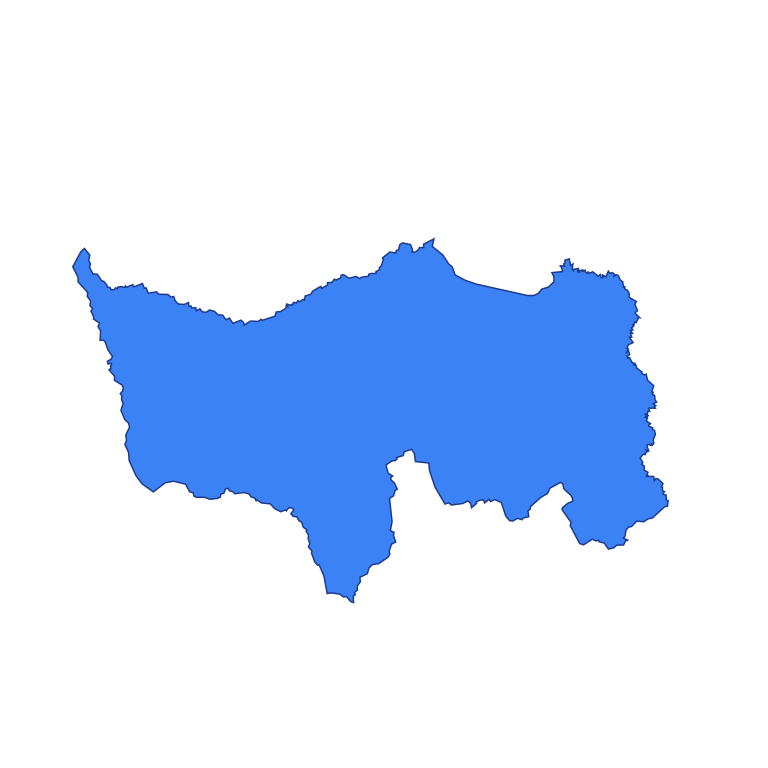 Khao Phanom, Krabi, Thailand, rotated 337°
{"feature_id": "78962969B52375509392370", "entity_name": "Khao Phanom", "entity_type": "district", "adm_level": 2, "iso_a3": "THA", "parent_name": "Thailand", "parent_adm1": "Krabi", "projection": "robinson", "projection_center": [99.161, 8.285], "detail": "fine", "context": "isolated", "style": "filled", "palette": "blue", "viewbox_px": 768, "rotation_deg": 337, "n_neighbors": 0, "source": "geoboundaries", "source_scale": "gbopen_adm2", "svg_char_len": 6171}
<svg xmlns="http://www.w3.org/2000/svg" viewBox="0 0 768 768"><g transform="rotate(337 384 384)"><path d="M119.9,371.4L122.3,381.3L129.5,393.2L144.0,389.4L152.4,391.3L162.3,398.8L163.0,407.4L165.8,409.3L165.3,413.0L167.0,415.0L174.6,418.2L178.7,422.1L185.6,424.1L189.1,424.2L190.8,421.6L193.8,422.0L197.5,418.5L199.9,419.4L199.9,421.8L203.2,424.6L203.7,426.7L212.7,429.2L217.0,432.7L217.4,435.8L220.4,438.3L220.7,441.6L221.9,441.2L224.6,445.5L232.5,449.9L234.6,455.8L239.0,461.2L244.0,461.4L244.7,462.6L247.8,460.7L251.0,462.1L251.7,464.6L247.6,467.1L248.7,470.4L251.8,472.2L252.3,476.7L254.2,479.0L253.8,484.6L256.0,487.8L254.8,489.1L255.5,493.8L253.8,496.5L253.3,501.8L250.8,504.6L252.4,509.4L251.2,511.3L250.8,520.7L252.0,524.8L253.6,525.3L253.7,537.2L249.8,554.7L253.9,555.7L261.2,560.2L263.4,564.1L266.5,565.1L268.2,571.1L270.6,573.3L272.7,567.5L275.4,566.6L275.1,564.5L279.0,563.3L280.3,559.7L285.0,556.7L286.3,552.5L294.6,552.1L298.2,547.5L302.8,545.7L309.0,547.3L320.1,545.0L322.8,543.0L323.7,539.5L328.4,534.4L333.0,534.0L333.6,527.0L335.3,524.5L332.6,521.4L337.7,513.7L344.4,491.4L349.0,490.8L352.7,486.3L355.2,486.0L354.9,479.3L353.0,474.8L353.8,472.5L356.0,472.1L352.9,467.6L354.2,459.3L361.6,457.9L364.3,458.9L366.8,458.1L366.9,456.6L373.8,457.4L376.2,454.2L383.9,455.0L384.8,459.6L382.6,467.7L394.4,474.2L392.1,481.2L390.7,498.9L393.2,518.3L397.1,518.6L398.7,521.7L409.8,524.8L415.8,524.4L417.0,527.6L416.3,532.1L422.7,530.0L423.0,528.5L427.4,528.5L430.3,529.6L430.2,532.7L435.6,531.2L436.2,533.9L440.6,533.6L445.7,538.8L444.5,553.0L446.1,558.7L449.0,560.5L454.4,559.8L458.1,562.9L459.6,561.7L465.4,562.7L466.9,557.1L469.6,556.4L470.8,554.2L483.5,549.8L491.8,548.6L496.1,544.7L508.2,543.5L509.5,546.1L508.6,550.8L512.5,559.5L512.8,563.9L511.4,565.7L506.7,565.6L499.9,567.6L498.8,569.1L502.1,584.6L500.1,587.1L501.8,607.4L504.9,610.0L515.1,608.3L517.7,611.2L520.5,611.7L520.3,613.3L524.6,616.4L526.1,623.7L531.6,624.6L535.1,623.3L541.6,625.8L545.4,622.6L547.8,623.4L544.2,619.5L546.5,618.2L549.6,613.1L553.0,611.4L556.3,611.9L563.0,609.0L569.4,612.3L574.2,611.3L578.8,612.2L594.4,606.6L597.2,607.2L600.0,602.4L598.6,601.1L600.3,596.3L598.1,594.9L598.6,593.0L600.1,592.9L598.7,590.7L600.0,587.9L599.2,587.3L601.9,584.5L599.1,578.4L597.4,577.2L595.1,578.7L596.1,574.4L591.6,572.5L591.0,570.9L590.6,572.2L589.5,571.5L592.5,568.4L589.8,565.1L591.5,561.0L589.7,558.6L591.6,557.5L590.8,552.3L595.1,549.9L597.0,551.0L597.2,549.7L599.9,549.1L599.4,547.2L601.5,549.0L601.9,543.0L603.8,542.9L605.8,544.9L606.6,543.7L607.2,545.2L609.2,544.1L610.0,540.6L614.1,536.5L614.9,532.5L613.3,530.8L614.3,529.2L611.3,526.5L611.5,525.2L613.8,524.7L611.1,520.6L613.3,518.0L611.4,516.9L612.2,515.7L613.1,517.1L614.9,516.3L613.1,513.9L614.8,514.3L616.3,512.3L617.8,513.0L618.4,509.7L624.3,512.3L624.0,510.5L625.7,510.2L624.0,507.5L627.9,507.2L627.3,504.3L628.7,500.3L626.9,498.5L628.6,496.8L627.3,496.0L631.6,491.0L628.1,483.6L629.2,477.3L627.3,477.3L625.2,475.0L626.2,473.8L623.0,468.4L623.2,464.6L621.5,464.1L623.0,463.2L620.7,460.9L620.4,455.8L617.7,455.3L619.2,455.0L618.6,453.1L621.6,453.0L622.0,449.2L619.9,449.6L622.6,447.0L621.6,445.8L624.5,443.3L629.5,443.2L628.1,436.9L630.4,437.6L630.7,433.4L632.5,434.5L631.9,430.9L634.2,431.5L633.7,429.1L636.6,428.3L636.0,426.7L637.4,426.9L638.9,424.7L640.1,426.1L644.3,422.3L645.3,422.9L643.0,417.7L643.3,416.3L646.0,415.6L646.1,408.6L648.5,406.7L643.6,400.2L645.1,396.5L644.8,393.0L642.6,390.6L643.7,388.5L642.2,388.3L643.7,383.4L642.0,380.1L642.1,375.8L640.4,374.0L637.7,374.7L638.8,372.8L637.8,370.7L635.2,370.3L634.6,367.8L630.2,372.1L627.8,369.0L627.1,371.5L625.5,371.0L625.8,367.7L623.3,368.5L620.0,362.3L616.4,362.3L615.6,360.5L614.5,361.5L613.2,360.0L613.7,357.9L610.8,358.0L611.7,356.0L610.6,356.9L608.2,355.7L607.6,357.3L606.2,356.3L608.0,353.6L603.7,352.6L602.5,353.7L602.0,352.2L604.8,347.3L602.1,347.9L603.4,341.2L598.8,340.8L598.3,343.1L596.4,343.5L596.2,346.0L591.9,343.7L593.0,345.4L592.4,350.3L582.1,347.1L582.3,352.0L580.3,356.3L573.2,359.0L566.3,358.3L561.6,360.8L556.8,361.2L550.6,358.6L507.8,328.0L499.3,320.3L492.0,311.2L492.6,302.9L490.5,298.9L488.5,288.1L482.2,276.2L486.7,269.9L475.0,270.8L473.9,274.0L470.0,272.3L467.3,274.3L463.7,274.7L461.4,273.3L462.7,272.0L462.9,266.0L456.2,261.4L452.9,262.0L449.8,266.2L447.5,265.9L446.2,268.0L440.9,264.8L431.8,267.4L432.1,269.0L427.9,274.1L425.0,275.2L424.5,277.1L420.5,277.4L419.8,279.1L415.0,277.1L413.0,277.0L411.9,278.7L404.9,276.9L402.9,277.6L400.4,274.1L393.1,273.0L389.4,267.5L387.1,267.1L385.6,269.4L380.3,269.5L379.1,268.1L375.9,270.2L371.6,268.6L370.8,270.7L365.4,271.5L364.0,271.6L364.1,269.6L361.8,269.6L354.5,270.7L351.7,272.8L345.8,272.2L343.6,275.7L342.7,274.5L338.5,275.3L337.5,273.7L335.0,275.1L332.6,273.5L330.5,276.0L330.8,274.7L328.3,274.8L325.9,272.6L325.6,274.8L324.8,273.5L323.3,276.0L317.1,276.9L313.0,275.6L310.1,279.0L296.7,277.8L296.3,276.5L292.6,277.2L285.7,273.9L278.4,275.2L278.7,272.3L277.2,269.3L268.6,269.2L267.5,262.9L263.6,263.1L262.4,257.5L258.3,255.5L256.3,250.8L252.2,247.7L248.5,248.5L245.0,246.7L243.9,242.9L239.8,243.2L240.6,240.1L236.8,239.1L236.9,236.9L234.8,236.1L235.9,232.6L231.4,232.8L225.9,230.0L224.3,225.9L224.6,221.3L221.9,220.8L220.1,217.2L211.7,213.3L210.7,210.3L202.6,208.4L202.6,202.6L200.8,202.2L200.9,197.1L191.7,196.9L191.5,194.4L184.4,194.3L184.4,192.8L182.5,193.4L179.7,191.5L176.7,190.8L175.9,192.2L174.5,190.6L172.4,191.7L169.8,190.6L169.5,188.1L167.2,186.8L167.6,184.7L166.1,179.9L164.5,178.8L163.0,171.0L159.1,168.9L158.5,161.5L160.6,159.0L160.6,154.6L163.5,150.4L161.2,142.2L156.6,143.8L143.3,154.5L144.1,166.2L142.3,170.4L147.0,183.8L145.1,187.4L146.4,192.9L143.9,197.0L145.3,200.4L142.7,202.4L143.0,208.5L142.0,210.7L145.9,216.7L143.2,219.5L143.9,224.3L139.7,232.9L142.7,233.9L143.8,235.9L143.2,244.7L144.8,252.5L142.6,254.5L138.3,255.0L137.8,257.8L140.9,258.3L140.8,259.8L139.2,260.7L138.9,263.0L136.4,263.5L139.0,271.6L137.3,275.4L142.4,282.5L142.7,284.8L140.9,288.2L137.5,289.8L138.1,292.5L136.3,295.9L136.3,300.0L131.6,305.4L131.5,315.4L133.6,320.2L132.9,324.3L126.4,330.1L124.8,335.6L121.9,338.3L122.2,346.8L119.5,355.2L119.9,371.4Z" fill="#3b82f6" stroke="#1e3a8a" stroke-width="1.5"/></g></svg>